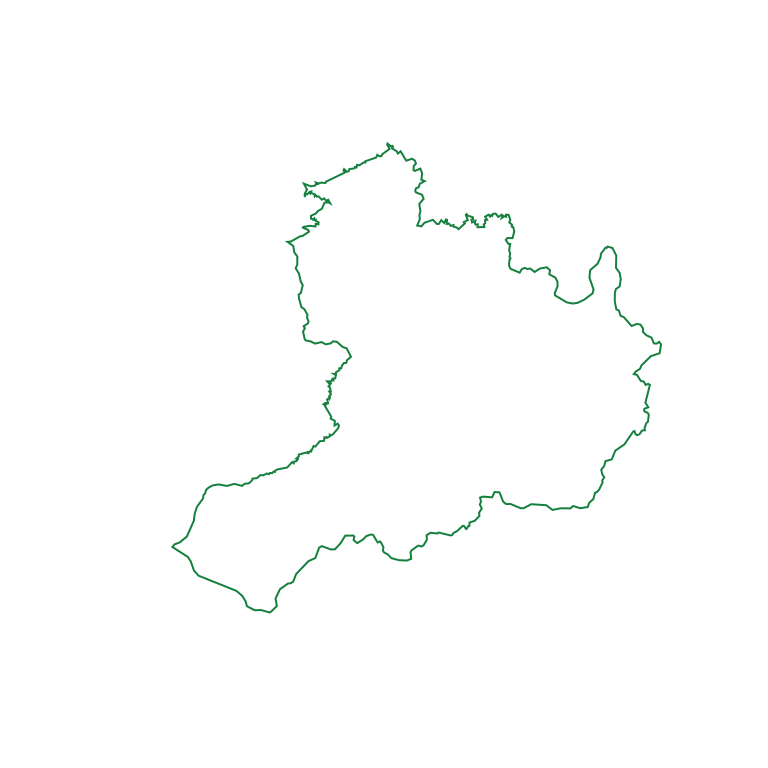 outline of Quininde, Esmeraldas, Ecuador, rotated 148°
{"feature_id": "8360857B19300187334866", "entity_name": "Quininde", "entity_type": "district", "adm_level": 2, "iso_a3": "ECU", "parent_name": "Ecuador", "parent_adm1": "Esmeraldas", "projection": "mercator", "projection_center": [-79.433, 0.315], "detail": "fine", "context": "isolated", "style": "outline", "palette": "green", "viewbox_px": 768, "rotation_deg": 148, "n_neighbors": 0, "source": "geoboundaries", "source_scale": "gbopen_adm2", "svg_char_len": 6166}
<svg xmlns="http://www.w3.org/2000/svg" viewBox="0 0 768 768"><g transform="rotate(148 384 384)"><path d="M250.5,580.6L250.8,581.5L252.0,581.4L253.6,586.0L254.5,585.2L254.6,580.4L263.4,579.8L265.7,578.7L267.1,579.4L268.3,581.9L270.7,580.2L281.8,582.8L282.6,581.7L283.7,582.7L288.9,582.5L290.8,584.1L292.5,582.2L293.6,583.4L294.7,582.5L299.5,584.6L301.1,583.2L303.0,583.6L304.0,587.4L305.1,586.7L305.1,584.1L325.8,586.3L327.1,585.5L330.8,588.2L333.2,588.7L334.8,590.7L334.7,588.9L336.1,589.6L337.2,588.7L341.3,590.5L345.8,596.3L346.2,589.7L350.5,587.3L352.1,584.5L349.9,586.6L348.5,585.5L346.0,586.2L345.6,584.9L344.6,586.2L343.6,585.8L344.8,584.8L342.4,581.9L343.2,580.0L341.9,580.4L341.8,578.6L340.1,577.9L339.1,573.3L336.5,573.2L335.7,569.7L333.7,569.8L333.9,565.7L334.9,567.5L338.4,569.3L343.9,565.5L348.3,565.7L351.4,564.7L356.8,565.3L358.3,563.0L357.2,561.3L355.7,561.4L356.5,560.4L354.8,559.6L355.6,558.9L353.8,555.8L355.0,554.1L357.0,556.0L358.6,553.9L363.1,557.5L369.1,559.9L369.9,559.5L366.6,554.8L366.9,552.9L375.0,552.7L377.0,553.7L387.6,554.2L390.5,555.7L387.8,549.1L390.3,543.2L389.9,538.1L394.2,531.3L397.6,528.9L397.6,522.8L400.3,515.1L400.5,510.9L406.4,505.2L409.0,505.0L410.9,501.2L413.3,492.9L411.9,489.7L412.2,483.3L414.1,481.1L414.8,477.1L416.7,475.6L421.5,475.6L421.5,473.3L424.9,471.3L427.5,464.0L427.2,462.3L423.7,459.1L421.0,454.8L414.7,452.6L412.4,448.5L407.6,446.7L404.7,447.2L401.6,444.8L399.5,437.5L396.8,434.0L397.6,424.6L402.8,423.8L404.9,421.9L406.8,423.0L410.0,421.9L411.9,420.0L413.7,421.0L414.4,419.4L418.6,419.3L419.5,418.0L421.1,419.1L420.1,417.0L422.4,414.6L424.4,415.6L424.9,414.1L425.7,415.3L427.1,414.1L430.8,416.4L430.2,413.0L429.1,413.6L428.9,412.6L432.3,411.3L431.7,410.3L433.0,406.0L434.4,406.6L434.3,403.5L437.0,402.7L436.7,401.4L438.3,400.2L438.4,401.2L440.4,401.1L441.6,397.3L444.1,399.1L445.8,398.9L444.5,397.2L445.7,397.1L446.0,384.5L447.6,382.9L445.2,378.9L447.9,375.1L444.3,374.9L444.2,372.8L446.1,370.9L453.9,368.4L456.5,368.5L456.9,369.6L457.6,368.4L460.8,368.5L461.1,369.7L462.3,369.4L462.9,370.3L464.9,367.6L468.8,369.5L475.4,367.3L476.6,368.7L481.3,365.6L481.5,366.4L483.7,365.6L484.6,366.6L485.1,365.6L486.6,367.2L493.7,369.3L494.9,367.5L496.4,367.6L496.6,366.3L497.8,366.8L497.3,365.8L499.3,365.0L501.0,365.8L502.6,364.6L503.2,366.5L510.3,364.5L519.6,368.0L521.8,368.2L523.3,367.2L523.8,368.2L526.2,367.7L527.9,369.1L529.2,368.4L530.8,370.2L535.0,370.6L537.1,372.3L541.5,371.5L545.6,373.4L547.2,372.1L551.2,371.4L555.3,373.3L558.3,372.8L564.0,378.7L571.1,380.7L577.4,386.4L582.8,388.7L587.4,389.1L591.0,388.5L593.5,386.1L596.0,385.4L598.2,382.8L607.6,379.0L613.1,374.5L617.7,368.8L632.0,359.1L641.4,357.9L646.5,359.0L649.8,357.9L642.0,341.3L641.9,335.9L644.0,326.6L642.8,319.6L618.8,286.8L616.5,279.4L616.6,272.6L618.0,268.2L613.6,260.7L608.1,257.5L602.0,250.8L600.8,250.7L592.5,252.5L589.7,259.5L581.0,265.1L571.4,265.7L568.4,264.4L565.7,264.5L559.2,269.4L541.9,273.8L534.5,272.8L525.7,279.6L522.6,279.4L516.7,271.8L513.1,269.8L505.4,271.9L497.2,275.9L490.4,271.8L490.0,270.4L492.5,267.7L491.0,263.2L483.6,263.3L479.8,264.4L475.1,263.4L473.2,261.9L473.4,253.0L470.8,252.6L470.6,250.1L471.0,245.9L473.2,243.3L473.2,241.1L471.1,237.5L470.0,232.4L464.7,226.7L458.2,222.2L453.6,221.3L450.7,227.2L449.0,228.3L440.6,228.8L438.1,226.2L435.9,226.3L430.2,229.1L427.9,233.2L423.4,233.2L417.9,228.9L416.4,229.1L407.8,220.3L406.4,219.8L403.7,220.9L400.1,220.5L392.4,222.0L391.4,221.2L391.2,217.5L389.9,217.6L388.2,218.8L386.8,218.4L384.9,221.2L379.6,219.9L373.0,221.6L371.4,224.6L367.1,226.5L366.6,230.9L364.0,233.0L362.7,236.8L359.5,235.9L352.4,230.6L347.5,233.8L343.5,230.9L345.3,221.1L344.1,217.6L340.3,215.2L333.9,206.2L331.4,204.7L322.8,204.0L310.7,195.3L307.8,187.9L300.1,185.0L291.8,179.7L288.2,180.3L283.5,174.7L276.3,171.7L273.2,174.4L267.4,175.5L262.7,179.9L260.7,179.5L257.2,180.6L250.9,184.6L250.0,186.6L246.7,188.1L246.7,191.9L245.2,196.1L240.5,197.9L237.2,201.2L230.7,199.4L223.2,204.9L212.1,205.4L198.0,211.6L196.5,211.3L197.3,208.0L196.4,206.4L193.9,206.0L189.8,207.8L187.3,206.5L186.4,208.5L182.3,211.8L180.1,212.2L175.7,217.6L175.7,220.0L177.6,222.5L177.3,224.2L176.2,225.0L172.2,224.2L172.2,229.7L159.0,242.3L159.8,244.1L162.6,244.6L162.4,248.5L164.6,250.5L164.6,257.7L166.9,260.0L164.1,261.1L158.8,261.2L155.9,263.3L142.9,266.2L134.0,264.0L128.1,270.7L128.3,273.9L131.4,273.8L133.6,275.4L132.6,281.6L135.6,286.2L136.8,290.7L134.9,293.9L135.0,298.3L137.5,300.9L143.3,302.0L145.2,313.6L147.2,316.5L145.9,321.8L147.4,324.2L144.5,331.8L139.9,339.0L137.1,341.6L132.5,341.9L127.7,347.4L125.3,353.2L125.7,359.6L119.0,369.7L118.2,378.3L121.5,382.0L122.9,381.4L123.7,382.3L131.0,379.5L133.1,376.8L139.1,372.8L148.8,371.3L153.4,365.4L156.2,353.1L159.2,350.3L169.5,349.4L177.1,350.3L181.4,352.3L185.7,356.3L192.0,368.5L191.0,370.6L184.7,375.2L182.6,379.2L182.3,383.3L185.7,389.4L182.9,392.5L184.1,396.7L190.5,399.3L196.9,399.2L198.8,404.5L201.6,405.5L203.1,407.9L206.3,408.4L210.0,406.5L215.7,414.7L215.1,418.4L211.7,423.0L210.2,423.4L210.2,425.5L208.0,427.5L206.9,431.3L202.8,435.9L204.2,436.8L204.4,441.6L201.9,442.4L197.7,439.6L192.7,444.3L191.3,448.5L192.3,449.7L191.0,451.3L192.2,454.6L189.8,456.4L188.7,461.5L190.9,462.9L191.8,461.1L193.1,462.5L196.1,462.4L194.0,464.0L194.3,465.1L198.5,465.1L199.0,469.4L201.5,470.5L203.3,469.2L203.8,470.5L205.4,469.8L205.6,472.2L209.5,472.3L209.6,468.6L211.4,469.5L213.1,466.6L214.9,466.5L215.7,463.9L221.6,467.4L219.9,469.8L221.8,470.6L221.9,472.1L220.0,474.0L223.7,474.4L222.8,477.1L221.1,476.5L220.3,478.3L223.8,482.5L223.9,484.3L225.0,484.0L226.1,478.6L230.6,479.0L230.3,477.3L238.8,475.8L239.4,478.2L241.7,480.6L240.9,482.0L243.6,482.7L244.0,485.8L246.0,486.4L243.6,489.8L244.3,490.7L247.6,488.6L248.7,492.6L252.7,490.7L254.3,491.6L255.5,497.3L264.2,499.3L268.8,497.9L271.9,500.8L266.2,504.8L264.5,508.4L261.5,511.3L258.7,518.0L252.3,520.0L251.5,524.3L255.4,529.6L255.1,531.4L253.2,533.0L250.4,532.5L247.5,534.8L242.0,534.5L244.1,537.4L240.1,542.3L239.0,547.4L245.1,548.4L245.6,549.9L243.1,553.2L240.1,554.0L239.4,557.2L240.9,560.2L246.8,561.6L246.6,572.5L250.1,572.1L249.9,574.6L252.2,579.4L250.5,580.6Z" fill="none" stroke="#15803d" stroke-width="2"/></g></svg>